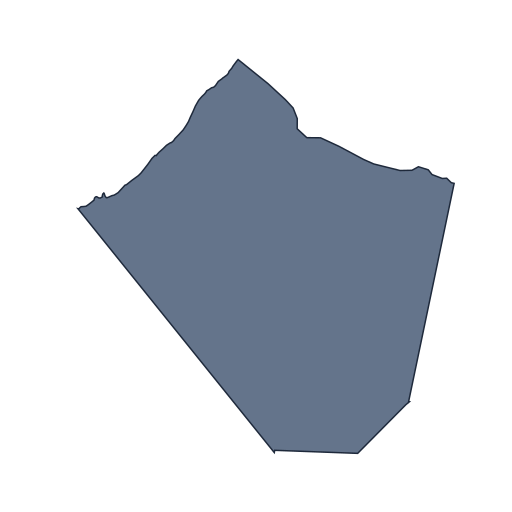 Morne La Croix, Soufrière, Saint Lucia, rotated 14°
{"feature_id": "8701671B11486827062004", "entity_name": "Morne La Croix", "entity_type": "district", "adm_level": 2, "iso_a3": "LCA", "parent_name": "Saint Lucia", "parent_adm1": "Soufrière", "projection": "mercator", "projection_center": [-61.064, 13.818], "detail": "fine", "context": "isolated", "style": "filled", "palette": "slate", "viewbox_px": 512, "rotation_deg": 14, "n_neighbors": 0, "source": "geoboundaries", "source_scale": "gbopen_adm2", "svg_char_len": 1367}
<svg xmlns="http://www.w3.org/2000/svg" viewBox="0 0 512 512"><g transform="rotate(14 256 256)"><path d="M440.2,360.2L439.3,360.2L430.7,137.6L427.7,137.6L422.2,134.4L418.0,135.7L407.1,134.4L402.3,130.7L392.0,130.1L386.6,135.1L375.1,138.2L347.9,138.2L337.1,136.3L309.9,129.5L290.0,125.7L276.7,128.9L265.2,122.6L262.8,112.7L256.2,103.4L246.5,97.1L226.0,85.9L191.1,69.7L190.0,71.9L187.9,76.9L187.4,78.5L187.1,79.6L185.2,83.3L185.0,85.5L183.9,87.6L180.7,91.3L180.0,92.4L177.2,95.7L175.8,99.5L175.5,100.4L174.0,102.6L172.9,103.1L172.1,103.6L170.1,105.9L168.9,107.0L168.2,107.7L167.7,109.5L166.8,111.4L165.0,114.2L163.9,116.3L162.7,118.8L160.9,125.2L159.9,131.3L158.7,137.3L158.0,141.8L156.7,146.1L154.8,151.4L151.6,157.2L149.0,161.6L148.1,164.1L146.4,166.5L145.5,166.9L142.4,170.2L139.7,174.6L136.9,178.7L135.3,181.7L135.1,182.6L133.7,182.8L131.5,186.4L128.8,193.4L124.4,203.2L122.4,206.5L117.2,212.7L113.1,218.1L111.7,219.0L109.5,223.1L106.9,227.9L103.7,231.2L101.6,232.3L98.4,234.8L97.2,235.6L96.4,235.5L94.8,234.1L93.7,232.2L93.1,231.7L92.3,233.0L92.3,234.7L92.6,235.8L90.9,237.4L89.4,237.7L87.1,237.0L86.5,237.2L85.9,237.7L85.3,238.9L85.3,241.0L82.6,244.6L81.0,246.6L79.1,248.8L77.1,249.6L74.3,250.5L73.4,251.8L73.0,252.6L72.2,253.2L71.8,253.2L321.3,442.3L321.2,440.0L402.4,422.9L437.4,364.0L440.2,360.2Z" fill="#64748b" stroke="#1e293b" stroke-width="1.5"/></g></svg>